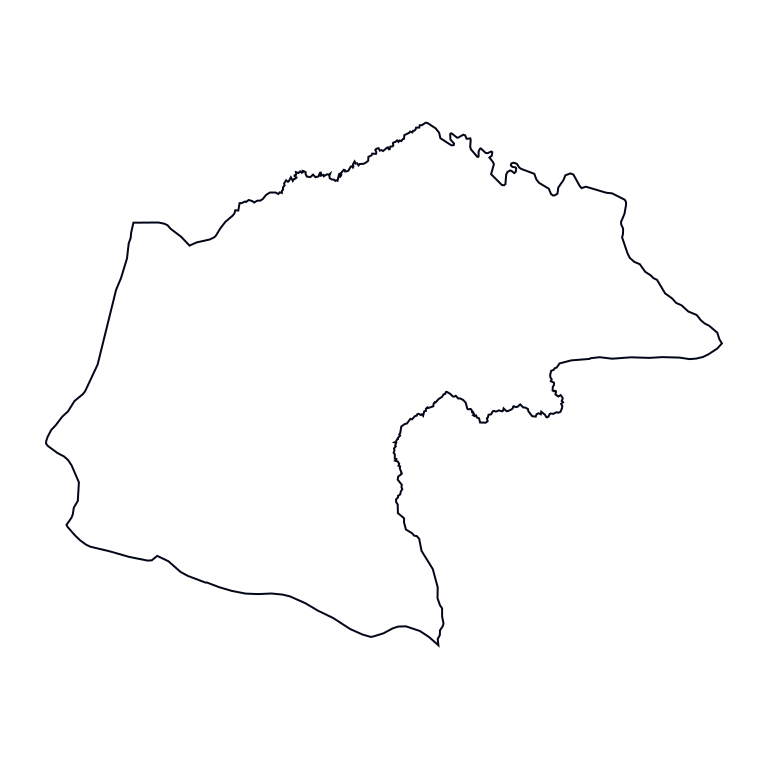 Chhaeb, Preah Vihéar, Cambodia
{"feature_id": "14789045B96642670477146", "entity_name": "Chhaeb", "entity_type": "district", "adm_level": 2, "iso_a3": "KHM", "parent_name": "Cambodia", "parent_adm1": "Preah Vihéar", "projection": "robinson", "projection_center": [105.534, 13.896], "detail": "fine", "context": "isolated", "style": "outline", "palette": "ink", "viewbox_px": 768, "rotation_deg": 0, "n_neighbors": 0, "source": "geoboundaries", "source_scale": "gbopen_adm2", "svg_char_len": 6100}
<svg xmlns="http://www.w3.org/2000/svg" viewBox="0 0 768 768"><path d="M438.4,645.3L437.7,639.0L439.8,635.2L440.0,630.3L442.7,626.3L443.5,623.5L442.1,616.4L442.1,608.4L440.0,605.3L437.5,598.2L437.7,587.3L432.8,569.1L421.5,550.8L419.2,538.8L416.8,536.1L414.2,535.7L412.2,533.3L405.9,529.5L404.0,522.2L404.1,518.3L397.9,513.1L397.7,504.5L396.1,502.0L396.1,499.4L398.1,497.2L398.0,495.9L400.2,494.4L400.9,491.3L402.3,489.2L401.5,487.4L401.8,484.8L397.7,479.7L398.2,476.5L401.5,474.1L401.2,473.3L401.7,473.0L399.8,468.5L400.1,466.4L398.5,465.8L399.2,463.8L397.8,461.5L395.0,460.6L396.3,459.1L394.8,458.5L394.8,454.2L393.6,452.7L394.5,450.6L394.0,448.5L395.8,446.3L395.2,445.5L396.2,442.8L394.5,442.3L396.1,441.5L397.1,439.3L397.9,439.1L398.1,437.6L400.1,435.6L399.3,434.5L400.2,433.1L401.3,426.5L404.3,424.3L407.0,423.4L410.3,418.9L412.0,419.3L415.0,416.1L416.8,415.6L417.3,414.2L418.7,413.8L420.8,415.0L421.9,414.3L423.1,415.8L424.3,411.2L426.0,410.8L425.9,408.8L427.4,407.4L428.0,408.1L433.3,406.3L433.6,403.8L434.8,402.1L435.6,402.5L438.4,399.2L442.1,396.8L443.5,394.4L445.1,394.0L445.9,392.0L446.8,391.8L450.4,394.0L452.7,396.4L454.3,396.6L455.8,395.8L458.2,398.5L460.1,398.4L463.2,400.0L465.7,402.7L467.3,408.6L468.0,409.3L470.7,409.0L471.7,410.2L472.1,412.3L472.6,412.7L473.1,412.2L474.2,414.3L473.1,415.2L474.5,416.1L476.1,415.5L476.9,417.5L479.0,418.3L480.1,422.5L485.5,422.7L487.6,421.3L486.9,418.3L487.9,417.5L488.5,414.8L491.1,414.3L492.8,411.3L493.9,410.9L496.0,411.6L498.9,410.4L502.0,411.3L503.1,410.6L503.6,408.4L506.5,411.2L508.1,411.0L511.7,409.3L512.8,408.2L513.2,406.5L513.9,406.2L515.6,407.1L517.5,406.8L520.2,404.4L523.2,407.4L525.3,407.6L527.9,409.0L528.4,411.3L532.2,416.2L535.7,416.6L536.6,414.2L538.7,413.3L540.8,414.3L541.2,411.7L544.9,414.7L546.4,417.2L547.2,417.3L548.3,416.8L549.8,413.9L550.7,413.5L553.2,413.9L556.3,412.3L558.2,412.7L560.4,411.9L562.0,408.2L562.3,406.0L561.1,403.9L563.1,402.2L561.7,400.9L562.7,398.7L562.4,397.5L560.7,395.1L558.4,396.5L555.5,394.5L556.0,391.3L555.0,390.7L553.9,391.3L552.6,390.5L552.8,386.8L553.9,385.2L554.0,382.6L550.8,381.2L551.7,379.4L550.3,377.1L550.2,374.7L551.2,370.8L553.7,369.8L554.7,368.3L556.7,367.5L559.6,363.4L571.2,360.4L589.6,358.9L590.7,358.2L599.6,357.2L612.2,358.7L631.1,357.3L649.4,357.9L662.1,357.1L679.6,357.6L689.4,359.1L696.1,358.6L702.9,357.0L708.3,354.4L717.3,348.5L721.9,343.4L719.3,339.1L717.3,332.7L709.1,325.7L704.7,323.5L700.9,320.3L696.7,315.0L688.3,311.5L681.5,305.3L676.1,302.9L672.1,298.4L665.1,293.4L657.0,279.8L653.5,278.2L650.9,275.5L645.2,271.8L639.8,264.2L634.3,261.9L629.8,257.9L627.5,253.3L622.1,237.4L623.0,233.7L623.1,228.6L621.2,224.4L621.0,222.1L624.5,213.7L626.1,204.6L625.9,201.7L624.7,199.7L612.2,193.4L606.1,192.7L585.9,186.7L581.6,188.1L579.9,186.3L573.4,174.6L570.5,173.4L565.4,175.3L563.4,180.2L558.3,187.5L557.5,193.6L554.7,195.4L553.0,195.5L551.0,194.0L548.8,188.7L539.4,183.1L538.0,181.6L536.4,179.5L534.3,173.8L521.2,168.9L519.3,167.6L516.9,163.9L513.8,162.7L511.4,163.4L510.8,165.3L512.3,166.9L515.5,167.4L516.2,168.3L515.7,171.9L514.3,173.1L511.4,170.9L509.9,170.5L507.4,172.1L506.2,174.6L505.4,184.2L504.1,185.2L502.0,185.1L491.1,174.2L493.9,164.2L493.1,162.3L489.4,157.5L491.8,155.7L492.3,152.2L491.3,151.5L487.5,153.2L485.6,152.9L480.8,148.4L479.9,148.8L478.6,151.6L478.6,156.3L478.0,157.0L477.2,156.7L470.9,149.3L470.2,146.7L470.7,140.1L470.3,138.4L466.6,138.8L465.2,135.4L463.3,134.7L458.0,137.7L457.1,137.7L452.2,133.8L451.1,133.3L450.2,134.1L450.4,139.5L454.0,143.5L453.8,145.1L451.3,145.3L440.4,138.2L439.1,132.7L435.6,128.3L427.3,122.9L425.7,122.7L421.8,125.2L419.8,125.2L419.2,127.6L416.1,127.6L415.6,129.4L414.6,130.5L413.0,130.9L412.4,132.4L410.1,131.6L409.2,132.8L404.4,135.1L403.9,138.9L402.7,139.2L401.3,141.1L399.5,140.5L398.5,141.9L397.1,140.4L395.3,142.0L393.7,142.4L392.9,143.1L393.3,145.5L392.7,146.3L390.3,146.6L389.6,149.2L388.8,149.3L387.9,147.3L387.2,147.5L383.1,151.0L381.4,150.1L379.8,150.6L378.6,148.2L376.4,148.8L375.3,149.9L376.3,152.1L375.9,153.9L372.3,153.6L371.5,155.4L368.4,156.8L368.2,160.8L366.3,162.3L363.6,163.8L359.7,164.0L358.5,165.4L357.1,163.3L355.6,163.6L354.6,161.5L353.0,164.3L353.4,166.5L352.9,167.5L352.0,166.4L350.9,166.4L348.3,170.7L346.3,171.5L345.0,171.4L344.8,170.1L343.8,169.8L341.3,172.8L341.2,175.4L340.1,176.8L339.7,176.4L340.1,174.4L339.8,173.7L339.1,174.1L337.5,180.8L336.2,180.3L335.3,180.9L333.9,179.6L331.9,179.5L329.8,178.3L329.3,175.9L330.1,173.7L328.8,174.7L327.0,174.3L323.8,176.2L323.4,174.9L320.4,175.8L320.0,175.4L321.2,174.3L320.8,172.6L320.0,172.8L318.4,176.5L315.5,177.2L313.1,174.6L310.4,177.1L306.9,176.6L305.6,174.0L305.6,172.1L303.3,171.0L302.7,170.9L303.0,172.1L301.8,172.8L300.1,171.4L298.6,173.0L295.9,172.1L296.2,174.2L295.7,175.3L294.6,175.3L294.5,176.0L296.5,177.5L295.7,178.5L293.9,179.1L292.8,180.9L290.9,177.3L288.7,181.4L287.9,181.8L286.1,180.3L284.1,183.5L284.6,185.5L283.0,187.3L283.0,189.6L282.0,190.8L281.8,193.0L279.8,192.3L278.3,194.0L275.5,192.5L269.9,192.5L266.1,194.9L262.8,199.0L260.3,200.6L257.2,200.7L254.2,202.5L252.3,201.1L248.7,200.0L246.0,202.0L245.1,201.5L241.5,203.1L239.6,203.1L238.3,210.5L235.3,210.3L234.4,213.5L232.7,215.6L225.3,221.9L220.1,228.7L216.0,235.5L214.4,237.2L209.7,239.5L196.7,242.4L189.5,245.6L181.3,236.9L170.6,228.8L167.5,225.2L164.3,223.7L158.4,222.5L133.4,222.7L131.1,233.0L130.7,237.8L128.7,243.5L127.0,258.4L121.0,278.1L116.1,289.8L97.6,364.6L85.2,391.1L82.8,394.2L74.5,401.0L68.0,411.4L62.3,416.6L56.0,424.9L51.2,430.0L47.5,437.1L46.1,441.5L46.1,443.7L47.8,445.9L57.4,453.0L64.1,456.5L68.2,460.2L71.6,465.4L78.9,482.3L77.8,500.9L73.8,507.7L72.8,514.3L71.5,517.7L66.5,524.9L67.4,526.7L74.8,535.2L80.1,540.3L85.8,544.5L90.3,546.7L110.0,551.4L129.1,556.9L147.7,560.6L151.8,560.3L157.2,555.9L168.5,561.3L180.5,571.9L187.8,575.9L205.5,582.6L206.8,582.5L219.2,587.2L231.8,590.9L245.6,593.6L258.2,594.1L271.4,593.5L282.7,594.6L290.0,596.4L305.5,603.3L317.8,610.6L333.3,618.1L350.1,629.0L362.2,634.4L370.6,636.9L373.3,636.5L383.5,633.3L392.6,628.4L398.0,626.6L405.8,626.3L419.9,631.0L429.0,637.0L438.4,645.3Z" fill="none" stroke="#020617" stroke-width="2"/></svg>